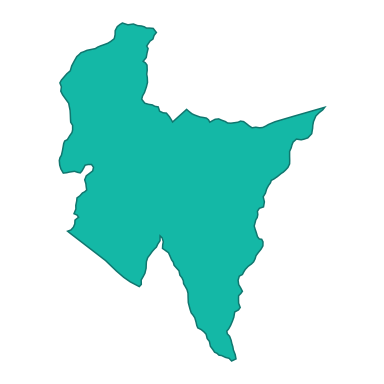 the district of Ipu, Ceará, Brazil
{"feature_id": "56859067B13578671451293", "entity_name": "Ipu", "entity_type": "district", "adm_level": 2, "iso_a3": "BRA", "parent_name": "Brazil", "parent_adm1": "Ceará", "projection": "natural_earth1", "projection_center": [-40.662, -4.382], "detail": "fine", "context": "isolated", "style": "filled", "palette": "teal", "viewbox_px": 384, "rotation_deg": 0, "n_neighbors": 0, "source": "geoboundaries", "source_scale": "gbopen_adm2", "svg_char_len": 3589}
<svg xmlns="http://www.w3.org/2000/svg" viewBox="0 0 384 384"><path d="M67.6,231.2L70.7,233.7L76.3,238.0L83.3,243.4L105.5,260.5L116.4,271.0L123.7,277.3L130.3,281.9L139.3,286.6L141.3,284.4L141.2,280.0L143.2,276.5L144.9,273.3L146.1,268.2L146.2,265.3L146.4,261.6L147.7,257.6L150.0,254.6L152.2,251.5L154.3,249.1L156.4,247.1L157.7,244.2L160.0,240.7L160.1,235.9L162.1,237.8L163.3,241.7L162.7,244.8L162.5,248.4L168.5,252.7L170.0,256.1L171.6,259.8L173.3,262.2L174.1,265.3L176.5,268.0L179.0,270.8L179.9,275.2L181.9,277.7L183.3,280.7L183.6,283.7L185.2,286.4L187.0,289.6L188.0,293.2L188.1,297.4L188.3,302.6L190.0,309.1L191.2,312.8L193.1,315.2L194.8,317.8L196.1,322.3L196.8,325.5L197.8,327.9L201.2,329.6L203.9,331.8L206.1,334.2L207.2,338.6L209.4,341.4L210.4,346.3L212.9,349.6L214.6,352.2L217.0,353.3L219.0,355.2L221.5,355.5L225.5,357.4L229.1,358.3L231.6,361.0L236.0,358.9L235.2,354.6L233.4,350.0L232.8,346.6L231.8,343.4L231.1,340.2L229.6,336.3L227.3,333.8L226.8,331.2L228.7,328.8L230.6,325.4L232.4,321.2L233.8,317.3L234.7,312.0L238.5,309.9L240.2,307.5L238.6,303.2L238.5,298.9L238.6,295.7L240.9,293.4L242.4,291.3L240.6,287.8L238.7,284.6L238.1,280.2L239.3,276.1L242.4,274.5L243.8,271.8L245.3,269.4L248.2,266.3L251.5,263.9L253.6,261.8L255.1,258.8L256.0,255.7L258.2,252.7L261.1,249.1L262.9,245.9L263.0,241.9L261.7,239.3L259.3,239.0L257.5,236.7L256.2,232.3L255.1,229.1L254.2,226.0L255.1,222.6L255.8,219.8L257.2,217.6L257.8,214.6L257.4,211.2L259.4,208.3L263.5,206.9L264.4,201.9L263.2,196.8L265.4,193.2L266.7,188.9L268.5,185.5L270.4,182.9L271.3,180.4L274.1,178.9L278.0,176.1L281.0,173.6L283.3,172.1L285.4,170.2L287.9,167.5L289.6,163.9L289.7,160.7L289.6,156.3L289.6,151.4L291.2,147.8L291.9,145.1L293.1,142.1L296.4,139.1L301.2,139.8L303.9,139.2L307.8,137.9L311.7,133.7L312.6,128.4L312.8,125.3L313.5,121.6L314.7,118.7L315.9,115.9L319.1,112.7L322.7,109.9L324.7,107.3L293.1,116.4L275.1,121.7L268.4,124.5L265.9,126.0L262.7,127.5L259.5,127.8L255.8,127.2L252.1,127.8L249.0,125.8L246.7,123.9L243.6,121.6L240.5,121.1L238.2,122.2L234.6,122.7L230.9,123.2L227.6,123.0L225.3,121.5L221.7,120.2L218.7,118.9L215.1,119.3L212.1,120.9L209.8,122.2L208.5,119.8L206.4,118.1L203.4,117.5L200.0,117.0L197.0,115.9L194.3,114.9L192.0,113.8L188.9,111.4L186.6,109.4L172.6,122.0L171.2,119.6L169.4,116.7L166.4,113.1L163.1,112.8L159.6,111.2L158.2,106.9L154.8,106.3L152.3,104.9L148.5,104.3L144.8,103.2L141.7,99.2L142.6,95.8L144.5,92.4L146.4,86.9L147.5,82.4L147.3,77.6L146.7,74.2L147.2,70.2L147.0,65.1L145.4,62.9L143.1,61.3L146.2,57.6L147.0,53.1L148.1,48.6L146.7,46.0L150.0,41.1L152.9,39.1L154.1,35.4L156.4,32.5L153.2,28.4L149.7,28.1L146.5,28.1L144.3,26.8L141.5,26.0L137.5,25.6L133.4,24.0L127.9,24.8L122.4,23.0L120.1,24.4L117.3,26.6L115.2,30.6L115.1,34.8L114.2,38.7L110.8,41.4L107.9,43.2L104.2,44.6L100.8,45.8L97.7,47.1L95.3,48.6L91.0,49.5L87.0,50.3L83.6,51.8L81.0,52.7L79.1,54.6L76.8,56.6L74.3,61.0L71.7,65.9L70.3,70.8L67.0,73.6L64.9,76.0L61.4,80.1L59.9,82.9L61.4,86.8L60.8,91.2L62.6,94.8L68.7,103.3L69.2,106.0L70.1,110.5L70.3,113.9L70.5,119.2L70.7,122.2L72.6,125.3L72.6,129.9L72.0,132.5L69.7,135.8L67.4,139.6L64.7,141.0L63.7,143.5L62.9,148.1L62.4,151.0L61.4,155.3L60.0,157.6L59.3,160.4L59.7,165.1L60.9,169.0L63.3,173.1L66.8,172.7L69.2,172.1L74.5,171.3L77.8,172.4L80.3,172.9L82.0,170.9L83.5,168.3L85.1,165.2L88.1,164.5L91.5,164.5L93.5,167.2L92.7,170.9L89.1,173.7L86.3,175.8L84.7,179.8L85.9,183.8L86.2,186.7L86.7,190.0L84.7,191.8L82.4,193.0L79.8,195.9L77.0,197.9L76.7,200.9L75.8,205.4L75.9,209.0L74.0,213.7L77.0,215.0L78.6,217.2L75.0,220.1L74.8,223.9L73.4,227.2L70.9,230.0L67.6,231.2Z" fill="#14b8a6" stroke="#0f766e" stroke-width="1.5"/></svg>